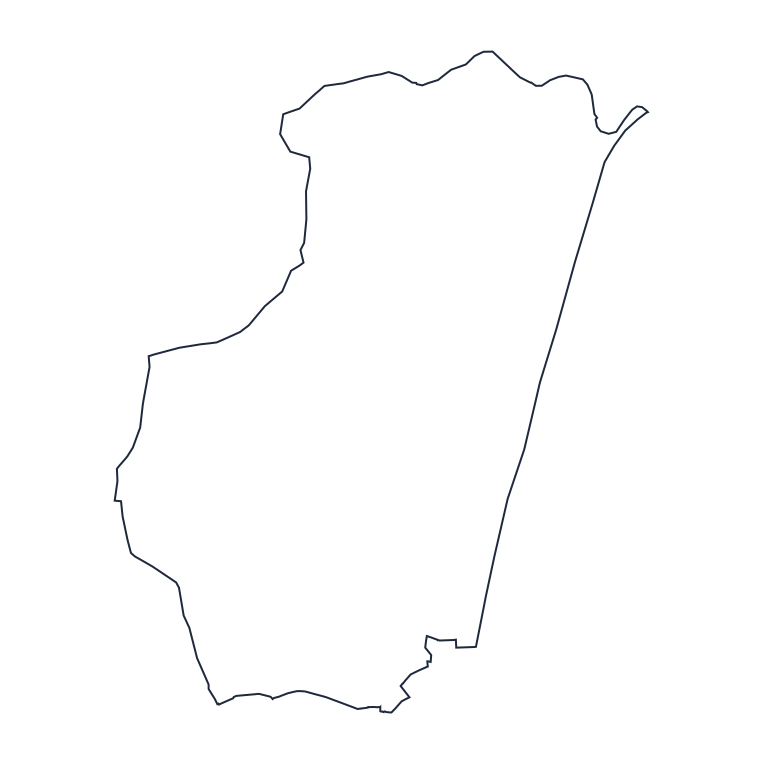 Mambah Kaba, Margibi, Liberia, rotated 268°
{"feature_id": "62588387B59975354142856", "entity_name": "Mambah Kaba", "entity_type": "district", "adm_level": 2, "iso_a3": "LBR", "parent_name": "Liberia", "parent_adm1": "Margibi", "projection": "orthographic", "projection_center": [-10.524, 6.256], "detail": "fine", "context": "isolated", "style": "outline", "palette": "slate", "viewbox_px": 768, "rotation_deg": 268, "n_neighbors": 0, "source": "geoboundaries", "source_scale": "gbopen_adm2", "svg_char_len": 3344}
<svg xmlns="http://www.w3.org/2000/svg" viewBox="0 0 768 768"><g transform="rotate(268 384 384)"><path d="M149.6,179.9L147.3,180.9L118.1,187.3L116.9,187.5L90.9,197.8L89.9,198.2L85.3,198.1L82.8,199.5L75.0,204.0L69.8,206.3L70.3,207.4L69.4,208.0L70.2,209.7L75.2,222.3L76.4,222.9L77.4,225.4L77.6,228.2L78.5,245.1L78.7,246.7L78.6,248.8L78.5,249.0L75.4,259.7L73.6,261.3L73.0,261.7L74.0,263.0L75.2,268.3L75.9,270.1L78.3,277.1L79.5,283.0L80.1,286.5L80.0,289.8L79.5,294.4L75.9,305.9L75.2,308.3L75.1,308.7L73.0,315.3L72.7,316.0L72.6,316.3L70.0,322.5L69.7,323.2L68.5,326.2L61.1,344.0L60.8,344.7L60.1,346.3L60.5,349.5L60.4,349.5L60.7,352.5L60.8,353.1L61.0,355.8L61.5,356.3L61.7,357.2L61.4,357.4L61.6,358.0L61.6,359.1L61.6,359.8L61.6,362.3L61.5,363.3L61.2,365.9L61.2,366.0L61.3,367.7L61.3,368.9L61.1,368.9L61.2,369.0L57.1,368.9L56.7,369.7L56.7,371.1L56.3,371.6L56.2,371.9L56.3,371.9L56.7,372.9L56.7,373.4L56.6,373.9L56.5,374.0L56.4,374.0L56.1,374.6L55.8,376.8L55.4,379.7L55.7,380.2L59.5,384.2L61.7,386.2L66.3,390.6L68.2,394.5L69.5,397.4L70.0,398.5L81.6,390.1L83.9,392.0L83.8,392.3L87.2,395.2L92.8,400.5L96.3,408.3L100.0,417.5L100.1,417.9L103.1,417.7L105.3,417.6L105.2,419.0L104.7,420.6L104.6,420.9L107.6,421.3L111.3,421.7L111.6,421.6L119.1,416.0L121.7,416.4L126.0,417.1L130.6,418.0L129.1,422.1L126.6,428.3L126.3,428.5L126.5,428.7L125.7,430.6L125.7,444.9L126.0,446.9L118.0,447.0L118.0,463.9L118.1,466.7L160.9,476.7L167.1,478.1L207.9,488.3L256.8,501.4L264.7,503.5L313.8,521.9L357.1,533.7L379.4,539.7L383.6,541.1L432.4,558.0L433.0,558.2L499.3,579.1L545.8,594.9L557.3,598.8L598.1,612.2L614.1,622.4L628.8,633.9L639.6,646.7L646.0,655.7L646.5,657.2L647.7,656.2L648.8,654.9L651.7,651.6L652.6,646.6L649.5,641.7L645.8,638.5L639.2,633.0L627.9,624.9L626.2,617.3L629.0,609.4L630.9,608.0L633.8,605.9L640.9,604.7L642.6,606.3L646.5,603.7L665.9,601.7L668.9,600.6L676.1,597.7L681.5,593.4L684.2,583.3L685.4,578.6L685.9,576.7L685.1,571.2L684.9,569.5L681.8,560.6L676.5,552.0L676.6,551.0L676.7,546.2L680.2,541.5L680.1,540.8L685.8,530.5L691.1,525.2L712.4,504.1L712.4,503.7L712.5,498.4L712.6,495.2L711.0,491.4L708.6,485.9L700.5,477.0L695.8,462.2L693.3,458.7L690.3,454.6L685.9,448.6L683.2,438.8L681.1,432.7L681.8,430.1L682.5,427.2L683.8,426.7L684.2,422.8L691.2,412.5L692.1,410.0L695.6,399.6L695.5,399.1L695.3,398.3L694.8,396.3L693.7,392.0L691.7,377.9L688.9,366.4L687.5,360.4L685.9,354.1L685.5,349.3L684.6,341.0L684.4,338.7L684.2,337.5L684.0,334.9L682.5,333.1L682.2,332.7L679.6,329.6L675.7,324.7L662.2,309.2L659.3,299.7L657.1,292.7L637.3,288.9L619.5,298.5L614.8,312.4L613.2,317.2L611.8,317.2L601.7,317.8L579.4,312.8L552.3,312.2L551.4,312.2L544.4,311.3L527.8,309.1L520.8,305.2L508.1,307.8L505.5,304.0L504.9,303.0L500.4,295.0L498.1,294.0L480.0,285.5L469.4,272.0L465.9,267.6L447.4,251.0L441.0,242.0L438.2,235.2L435.5,228.6L433.9,224.6L431.4,218.3L430.7,210.6L430.1,202.3L427.4,180.9L425.9,174.3L421.6,155.5L420.1,150.2L420.0,149.8L409.2,150.3L376.7,143.2L373.2,142.5L372.9,142.4L368.3,141.7L348.9,138.8L344.3,136.9L329.2,130.8L320.5,124.9L315.9,120.7L311.3,116.4L308.6,114.1L300.3,114.2L297.7,114.2L296.0,114.2L276.8,110.8L276.0,117.1L264.2,117.9L260.3,118.2L257.0,118.8L239.1,121.9L235.5,122.6L224.0,125.2L223.4,125.8L221.3,128.0L220.3,129.1L211.7,143.0L209.7,146.2L193.6,168.4L192.8,169.4L187.6,172.0L159.6,175.7L149.6,179.9Z" fill="none" stroke="#1e293b" stroke-width="2"/></g></svg>